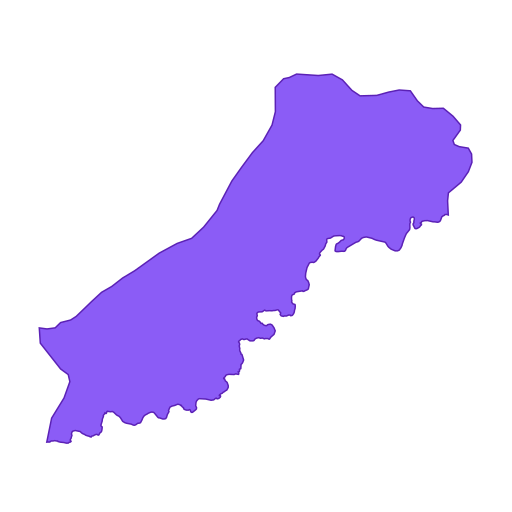 Montes, Canelones, Uruguay (Natural Earth projection), rotated 88°
{"feature_id": "84410073B70597198531673", "entity_name": "Montes", "entity_type": "district", "adm_level": 2, "iso_a3": "URY", "parent_name": "Uruguay", "parent_adm1": "Canelones", "projection": "natural_earth1", "projection_center": [-55.521, -34.52], "detail": "fine", "context": "isolated", "style": "filled", "palette": "violet", "viewbox_px": 512, "rotation_deg": 88, "n_neighbors": 0, "source": "geoboundaries", "source_scale": "gbopen_adm2", "svg_char_len": 6100}
<svg xmlns="http://www.w3.org/2000/svg" viewBox="0 0 512 512"><g transform="rotate(88 256 256)"><path d="M434.7,471.6L434.6,469.9L434.8,469.4L434.6,468.3L434.2,468.0L433.7,467.0L433.8,465.5L433.5,463.5L433.9,462.0L433.9,461.0L434.1,460.6L434.5,460.4L435.2,458.1L435.7,454.5L436.4,452.1L436.4,450.1L435.7,449.3L435.5,448.1L434.9,447.3L434.6,447.3L433.9,448.0L433.4,448.0L432.8,447.9L431.4,447.0L430.6,446.9L429.1,446.3L428.6,446.2L427.8,446.6L427.2,446.6L425.4,446.0L424.9,445.5L424.5,444.7L424.1,442.7L425.3,437.8L426.7,436.5L427.6,435.2L428.3,433.6L429.2,432.4L430.1,429.9L430.1,429.4L430.9,428.1L431.1,427.3L431.1,427.0L430.6,426.9L430.3,426.4L430.0,424.9L429.3,423.7L428.7,422.0L428.8,421.0L429.5,420.0L429.3,419.3L427.4,418.2L426.4,416.8L425.4,416.3L423.5,415.9L421.6,415.7L421.2,415.9L420.7,416.6L419.7,416.9L415.6,415.5L413.5,415.2L411.1,414.1L410.4,414.2L409.8,414.0L408.5,412.9L407.5,412.4L408.2,411.5L407.9,411.0L406.3,410.4L406.0,410.0L406.6,406.9L406.4,405.0L407.1,403.7L409.7,401.2L410.5,400.2L411.2,398.7L411.8,398.1L412.8,397.2L416.6,395.0L418.0,392.9L418.6,391.3L419.7,386.5L420.7,384.6L420.9,383.3L420.5,382.1L419.1,380.1L418.9,378.0L418.5,377.2L415.7,375.6L413.6,374.7L411.8,373.3L410.8,371.9L410.3,370.6L409.5,369.4L408.6,367.1L408.3,365.5L408.7,363.8L409.3,363.1L413.8,359.7L414.3,359.0L414.5,357.8L415.6,355.0L415.7,353.6L415.4,352.0L414.3,351.1L411.3,350.1L408.7,348.5L408.4,348.4L407.3,348.8L404.1,347.3L403.1,345.3L402.5,342.4L401.4,339.5L401.6,338.3L402.6,336.0L402.9,336.2L403.2,335.7L404.2,334.9L405.0,333.9L405.5,333.6L405.8,333.7L406.3,333.5L406.6,333.2L407.2,332.1L407.6,330.8L407.7,328.9L407.3,328.2L407.2,327.8L407.7,327.1L408.9,326.8L410.0,326.1L410.0,324.9L407.7,321.8L406.8,320.9L405.5,320.7L403.6,321.5L400.3,321.1L398.7,320.4L396.9,318.6L396.6,317.7L397.2,311.2L398.6,305.9L398.3,303.3L396.9,301.4L396.7,300.8L396.8,300.4L397.3,300.1L397.4,299.7L397.1,298.2L395.9,296.7L395.0,296.3L394.4,296.4L394.3,296.6L394.4,297.1L394.2,297.5L393.5,297.3L392.5,295.9L391.9,294.4L391.2,293.8L390.4,292.2L389.5,291.1L389.1,290.0L387.4,288.9L386.1,288.3L384.4,288.3L381.3,289.3L380.3,290.3L379.8,291.0L377.7,291.7L377.6,292.4L377.2,292.6L376.7,292.4L375.3,290.8L374.4,290.5L373.7,289.4L373.3,287.2L373.7,282.0L373.1,280.4L373.7,277.7L373.4,277.4L372.3,277.3L371.2,277.8L370.9,276.8L370.2,276.4L369.3,276.6L368.5,276.4L368.3,275.4L367.9,275.1L363.8,274.7L363.1,273.8L362.1,273.1L359.5,272.0L354.2,273.4L353.8,273.6L353.4,274.5L352.4,274.5L350.2,275.5L349.0,275.6L348.0,275.4L345.3,275.9L343.8,275.4L342.5,275.6L341.3,276.4L340.8,276.3L340.4,276.0L340.2,275.5L338.8,274.1L338.4,272.4L339.1,271.0L338.6,268.7L338.6,267.8L340.6,265.0L340.7,262.1L340.5,261.2L340.1,260.7L339.3,260.3L338.4,259.0L338.0,257.8L337.7,256.1L338.4,254.4L338.2,252.7L338.3,252.2L339.1,250.6L338.8,249.3L338.9,247.1L339.6,245.8L339.5,245.4L337.6,244.0L334.9,240.7L331.5,239.4L328.4,240.5L325.7,242.2L325.2,242.8L324.6,244.1L324.9,246.2L325.1,246.8L325.9,247.7L326.0,248.4L325.5,250.2L324.1,251.9L323.6,252.0L323.4,252.4L323.5,253.4L322.0,254.3L321.2,255.1L320.8,256.2L320.3,256.8L319.2,257.4L317.1,257.5L315.8,256.8L313.5,257.2L313.0,256.9L312.2,255.9L312.0,255.3L312.0,252.2L311.9,251.6L310.5,249.5L310.4,249.1L311.1,248.2L311.2,247.7L311.1,244.4L311.3,242.0L311.1,240.4L311.1,238.8L310.5,236.6L310.6,235.8L311.0,235.4L313.8,233.3L315.2,233.9L316.5,233.1L316.8,232.6L317.3,230.7L316.9,229.8L317.0,227.5L316.2,225.7L316.2,224.0L316.9,223.4L316.7,222.1L316.4,221.6L314.9,220.4L313.3,219.7L311.6,219.4L309.9,218.8L307.5,218.5L306.1,218.6L305.7,218.9L305.3,220.5L303.5,222.0L302.9,222.0L302.2,221.7L300.4,222.0L297.9,221.9L296.6,221.5L296.0,220.8L295.5,219.4L295.2,219.0L294.2,218.7L293.6,217.7L293.2,216.8L292.5,211.3L292.5,210.7L293.0,210.3L293.0,209.3L292.6,208.7L291.6,206.1L291.1,205.2L290.5,204.8L286.5,203.8L284.4,204.3L282.4,205.1L281.3,206.5L279.7,207.1L278.2,207.3L274.8,206.9L269.3,205.4L265.0,203.0L264.6,202.5L264.3,201.3L264.2,200.0L264.5,198.7L264.3,198.1L263.6,196.9L263.2,196.3L260.1,193.7L259.0,193.1L257.5,191.7L257.2,191.7L256.7,192.3L256.1,192.5L255.0,192.1L254.4,191.6L252.3,189.5L251.5,188.3L251.0,188.0L248.4,186.5L246.3,185.9L244.6,184.7L242.1,184.8L241.5,184.5L241.1,184.0L240.7,181.0L238.8,177.7L238.6,176.3L238.5,171.7L238.7,169.9L239.2,169.1L239.3,168.2L240.0,167.2L241.3,167.1L242.1,167.5L242.8,168.1L243.4,170.3L245.2,172.2L246.2,173.7L246.8,175.1L247.3,175.5L249.5,176.2L253.5,176.8L253.9,176.6L254.4,175.6L254.5,173.8L254.2,170.2L254.4,168.2L254.3,167.2L253.2,166.2L251.7,165.6L251.0,165.0L250.5,164.3L246.6,157.2L245.7,155.5L245.3,153.7L244.7,152.6L242.5,150.4L241.8,149.5L241.2,147.9L240.8,145.1L242.3,139.6L243.6,137.1L244.4,135.1L246.6,126.7L247.2,126.0L248.1,125.4L250.8,123.9L251.9,123.0L253.9,120.7L255.7,116.8L255.8,114.4L255.1,112.6L252.9,110.9L250.5,109.7L249.2,109.4L243.1,107.0L240.1,105.6L238.8,104.9L235.0,101.6L233.2,101.2L229.3,101.2L227.5,100.4L226.6,100.8L225.3,100.8L223.7,100.3L223.0,99.6L222.7,98.8L222.5,98.0L222.7,97.3L223.2,96.7L223.9,96.5L224.9,96.5L226.6,97.0L228.3,97.1L229.2,97.8L230.3,97.9L233.8,96.3L234.2,95.9L234.3,94.5L233.1,92.0L232.6,91.4L231.3,90.4L230.7,89.6L229.9,89.5L229.2,90.6L228.7,90.6L228.1,89.5L227.5,89.3L227.1,88.8L226.6,86.2L226.6,83.2L228.0,78.0L228.1,76.3L228.6,73.4L228.5,72.6L228.0,71.3L227.5,70.8L226.7,70.3L223.3,68.9L222.6,67.9L221.9,66.4L221.2,65.8L221.1,64.0L221.7,62.4L207.5,62.6L199.6,61.5L189.3,48.3L179.1,40.8L169.9,36.9L161.6,37.0L155.6,40.1L153.8,49.1L151.5,53.9L147.4,55.2L137.3,47.4L132.2,47.0L123.2,54.2L114.9,63.6L114.8,74.3L113.0,83.2L106.6,89.3L96.3,96.0L95.1,107.1L96.8,117.6L99.7,129.7L99.6,146.4L93.8,154.4L83.0,163.5L76.9,173.6L77.8,187.4L75.6,209.1L78.8,216.5L79.8,222.2L88.1,230.9L112.5,231.6L125.7,235.4L141.1,244.8L152.5,255.9L166.7,267.2L180.2,277.5L203.0,290.6L209.1,293.3L225.3,307.3L236.1,319.7L240.7,334.4L249.8,352.7L266.6,377.9L273.3,390.0L281.4,401.2L286.9,411.6L295.7,421.8L310.1,437.8L313.5,443.5L315.7,453.6L320.8,459.2L321.6,467.4L320.3,475.1L335.6,474.6L362.1,455.2L367.9,447.8L375.1,446.4L391.2,452.8L410.9,465.9L434.7,471.6Z" fill="#8b5cf6" stroke="#5b21b6" stroke-width="1.5"/></g></svg>